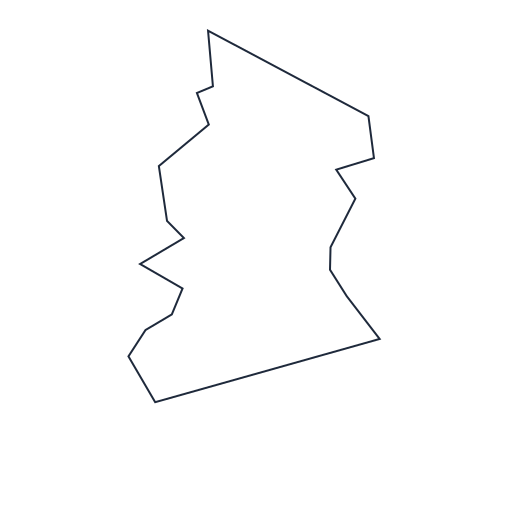 Mallakastër, Fier, Albania (orthographic projection), rotated 28°
{"feature_id": "67620474B72354996665991", "entity_name": "Mallakastër", "entity_type": "district", "adm_level": 2, "iso_a3": "ALB", "parent_name": "Albania", "parent_adm1": "Fier", "projection": "orthographic", "projection_center": [19.767, 40.529], "detail": "fine", "context": "isolated", "style": "outline", "palette": "slate", "viewbox_px": 512, "rotation_deg": 28, "n_neighbors": 0, "source": "geoboundaries", "source_scale": "gbopen_adm2", "svg_char_len": 439}
<svg xmlns="http://www.w3.org/2000/svg" viewBox="0 0 512 512"><g transform="rotate(28 256 256)"><path d="M161.0,266.8L183.9,274.0L157.4,317.5L206.4,319.2L209.1,347.1L193.2,373.2L190.5,404.5L235.6,432.4L404.1,271.2L355.0,248.9L327.8,233.4L317.7,213.3L316.8,158.7L286.3,142.1L314.2,114.2L289.6,79.7L107.9,79.6L138.3,126.4L127.3,139.8L152.6,162.1L128.0,222.2L160.9,266.7L161.0,266.8Z" fill="none" stroke="#1e293b" stroke-width="2"/></g></svg>